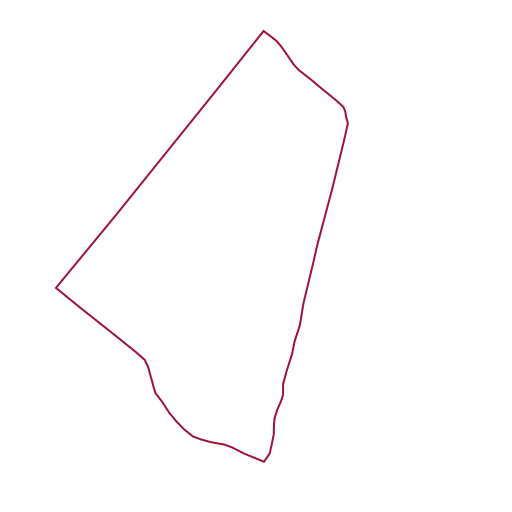 outline of Haut-Komo, Wouleu-Ntem, Gabon, rotated 309°
{"feature_id": "22940354B77871710228177", "entity_name": "Haut-Komo", "entity_type": "district", "adm_level": 2, "iso_a3": "GAB", "parent_name": "Gabon", "parent_adm1": "Wouleu-Ntem", "projection": "equal_earth", "projection_center": [10.636, 0.825], "detail": "fine", "context": "isolated", "style": "outline", "palette": "rose", "viewbox_px": 512, "rotation_deg": 309, "n_neighbors": 0, "source": "geoboundaries", "source_scale": "gbopen_adm2", "svg_char_len": 824}
<svg xmlns="http://www.w3.org/2000/svg" viewBox="0 0 512 512"><g transform="rotate(309 256 256)"><path d="M417.0,243.9L420.6,238.7L424.4,234.5L426.8,230.2L427.4,220.1L427.4,203.5L427.7,187.0L427.4,172.3L428.5,164.8L431.6,154.5L434.6,144.2L436.0,136.7L436.0,129.9L435.6,120.3L360.5,120.9L199.6,121.4L105.3,120.6L105.2,151.2L105.7,200.8L105.7,225.7L105.2,235.2L101.7,242.2L94.2,252.7L89.5,259.2L86.2,264.1L83.5,275.3L79.6,287.1L77.3,298.5L76.0,309.4L76.1,320.6L78.7,328.4L83.0,338.2L89.5,350.0L92.1,357.6L95.0,371.3L99.2,385.2L101.1,391.7L111.2,390.9L118.7,387.2L128.6,382.0L137.2,375.4L142.0,372.3L150.0,369.2L158.6,366.9L165.2,364.4L173.6,357.6L185.9,352.2L202.8,345.6L213.7,339.8L229.9,333.6L249.0,322.7L283.1,306.5L304.2,296.2L353.7,274.1L400.4,252.1L417.0,243.9Z" fill="none" stroke="#9f1239" stroke-width="2"/></g></svg>